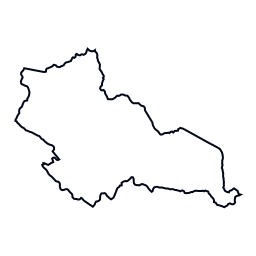 the district of Piraí do Sul, Paraná, Brazil
{"feature_id": "56859067B71584283665697", "entity_name": "Piraí do Sul", "entity_type": "district", "adm_level": 2, "iso_a3": "BRA", "parent_name": "Brazil", "parent_adm1": "Paraná", "projection": "orthographic", "projection_center": [-49.926, -24.444], "detail": "fine", "context": "isolated", "style": "outline", "palette": "ink", "viewbox_px": 256, "rotation_deg": 0, "n_neighbors": 0, "source": "geoboundaries", "source_scale": "gbopen_adm2", "svg_char_len": 4928}
<svg xmlns="http://www.w3.org/2000/svg" viewBox="0 0 256 256"><path d="M24.2,68.3L23.8,69.4L23.1,70.5L21.6,72.1L21.0,73.1L21.3,74.8L22.4,76.6L22.6,77.7L21.8,79.1L20.9,81.3L21.1,83.0L21.6,84.1L23.6,84.9L25.5,85.9L26.9,86.2L28.0,87.5L28.8,89.8L29.5,92.4L29.1,94.9L28.7,96.3L27.9,97.7L27.3,98.7L27.2,100.5L25.1,100.8L24.1,101.4L23.1,103.3L22.5,105.0L22.1,106.2L21.5,107.1L19.7,108.7L19.3,109.8L19.1,111.4L19.3,113.0L18.4,114.3L17.3,116.1L16.5,118.2L15.6,119.5L15.4,120.9L16.7,121.4L17.3,122.7L18.6,123.7L20.4,125.8L21.4,126.7L22.8,127.6L24.1,128.3L25.2,129.6L26.0,130.4L27.3,130.6L28.4,131.2L29.5,131.7L31.4,132.3L32.5,132.7L34.1,133.7L35.9,134.6L37.5,135.5L39.3,136.1L40.5,137.5L41.7,139.0L43.2,139.6L44.6,141.2L46.3,142.6L47.5,143.6L49.6,144.6L52.2,145.4L53.6,146.5L54.1,147.9L54.0,149.5L52.6,151.4L54.9,154.2L56.5,156.1L59.2,159.4L57.7,160.1L56.7,159.7L55.0,158.0L54.0,157.5L52.9,157.8L52.1,158.7L52.8,160.5L53.3,162.1L51.6,162.8L48.2,164.9L46.4,164.2L44.4,163.2L43.4,163.2L43.8,164.2L42.2,164.8L42.7,166.3L44.2,168.0L45.4,169.0L46.5,170.1L47.0,171.1L47.8,172.3L48.5,173.9L50.0,175.4L50.8,176.0L51.9,176.9L53.4,178.4L54.7,179.8L55.8,181.1L57.3,181.6L58.7,181.9L59.7,183.3L59.9,184.7L59.8,186.3L60.1,187.6L60.4,188.8L61.5,189.9L63.0,190.1L64.5,189.6L65.8,189.2L67.4,189.2L68.2,190.0L69.5,191.6L70.6,192.8L71.5,193.5L72.3,194.7L72.5,197.2L74.1,198.8L75.3,199.0L76.4,199.0L78.3,199.6L79.8,199.3L81.1,197.9L82.3,198.6L83.2,199.9L84.0,200.7L92.8,206.7L94.1,205.3L94.9,204.1L95.4,202.6L96.2,201.5L97.3,201.4L98.7,200.9L99.9,199.7L100.1,198.3L100.2,196.1L100.7,194.4L101.5,193.4L102.9,193.4L104.7,193.1L105.9,194.0L106.9,195.8L108.2,196.9L109.5,198.2L111.1,199.3L113.5,197.7L115.2,193.8L115.9,192.0L117.2,188.6L117.9,187.7L119.3,186.8L119.8,185.6L121.7,185.3L121.6,182.9L122.5,182.2L123.8,181.4L125.3,181.0L126.7,181.3L127.7,180.9L129.2,179.6L130.4,178.5L131.4,177.2L132.9,177.3L133.6,178.8L133.8,182.4L134.1,183.5L135.0,184.6L136.5,185.1L138.0,185.1L139.3,185.4L140.3,184.8L141.4,184.2L142.6,184.1L144.3,184.8L146.3,185.6L147.8,187.3L148.5,188.6L149.4,189.5L150.3,190.6L151.7,191.8L152.7,190.9L153.0,189.2L154.3,187.3L156.0,186.9L157.6,186.9L159.4,187.5L160.9,187.6L161.9,187.4L163.1,187.8L165.1,188.4L166.9,188.5L169.0,188.8L170.3,189.3L172.0,189.1L173.5,189.3L175.0,190.0L176.3,190.0L177.4,190.4L178.6,190.6L180.2,191.3L182.3,190.4L183.9,191.2L184.7,192.9L186.6,193.2L187.9,193.0L189.5,192.8L191.2,192.0L192.5,192.1L193.9,191.2L195.7,190.7L197.5,190.9L199.6,191.0L201.6,191.0L203.2,190.7L204.2,191.3L205.6,190.6L206.8,191.1L208.2,191.6L208.8,193.6L209.9,194.4L211.3,196.6L212.6,197.8L213.5,199.0L214.1,200.7L214.0,202.1L215.7,202.7L217.1,204.8L220.5,205.7L221.5,206.0L222.7,206.5L224.2,207.2L225.9,206.2L227.3,205.5L228.2,204.1L229.7,203.4L232.2,204.3L233.9,204.0L235.1,202.5L234.7,200.3L235.3,196.8L237.1,195.8L239.3,195.4L240.6,194.6L239.1,194.3L238.0,192.4L237.7,191.0L236.6,190.2L235.2,189.2L234.0,188.4L232.9,189.1L231.7,190.2L230.7,190.6L229.6,190.8L228.9,192.4L227.2,192.0L225.3,191.1L224.4,189.8L224.1,188.8L223.3,187.5L223.9,185.8L223.8,183.6L223.9,181.7L223.6,180.3L223.6,178.2L223.2,177.2L223.1,175.6L223.2,173.1L222.6,170.6L222.5,169.5L221.8,167.9L222.2,166.2L222.6,164.9L222.1,163.8L222.3,162.4L222.2,160.5L222.7,159.3L222.9,158.0L222.8,156.7L222.6,154.9L222.0,152.5L221.0,150.9L220.3,149.5L219.3,148.6L218.2,147.9L213.8,145.5L209.9,143.5L187.0,130.8L182.9,128.6L180.3,127.9L179.2,128.7L178.2,129.2L178.0,130.6L176.2,130.9L174.8,130.9L173.2,132.5L172.0,131.5L170.5,132.0L169.4,133.1L168.3,132.7L166.9,133.0L165.5,133.0L164.1,133.3L163.1,134.0L162.0,134.5L160.5,134.5L159.4,133.4L158.5,131.9L157.4,130.8L156.2,129.9L155.2,129.1L154.4,128.2L153.6,126.5L153.0,125.3L152.6,124.2L152.5,122.7L145.9,111.8L145.3,110.9L144.9,109.8L144.9,108.2L144.3,106.8L142.8,106.0L141.4,105.8L140.3,104.8L138.4,103.1L136.9,103.3L135.2,103.2L133.6,103.3L131.9,102.3L130.8,100.8L129.9,99.8L129.5,98.7L128.8,97.5L127.5,95.8L126.3,95.6L125.0,95.5L124.0,94.8L122.7,94.5L121.2,94.5L120.0,95.4L118.7,95.9L117.2,95.7L116.1,96.7L115.1,97.7L113.9,98.4L112.6,99.2L111.1,99.3L109.5,99.2L108.0,99.2L107.5,98.2L107.0,96.7L106.1,95.1L105.2,93.7L104.9,91.6L103.6,90.0L102.2,90.4L101.1,90.1L100.1,88.6L100.5,86.9L102.0,85.2L102.0,83.7L102.4,82.2L102.9,80.6L103.7,79.2L102.9,77.8L103.7,77.1L103.8,75.9L102.7,74.2L101.6,71.8L99.8,69.5L99.6,68.4L99.8,66.8L99.9,64.4L99.0,62.6L97.9,60.7L97.8,59.4L97.1,57.5L97.3,56.3L97.3,54.8L96.6,52.8L95.0,51.4L94.9,50.2L94.0,50.9L92.0,51.4L90.7,51.0L89.4,50.6L88.6,49.7L87.6,48.8L86.5,51.4L86.2,52.6L85.3,53.9L83.6,54.8L82.4,54.4L81.3,54.4L80.1,55.3L78.7,55.2L77.6,54.7L76.8,53.9L75.8,54.5L75.5,56.9L74.2,57.9L73.1,57.3L72.2,58.1L70.9,61.0L68.7,61.8L67.2,62.2L65.9,62.5L64.7,63.6L63.8,65.1L62.4,65.9L61.3,66.1L60.2,67.0L58.7,67.1L57.0,66.7L56.0,65.5L54.7,65.0L53.6,64.8L52.6,66.1L51.4,66.8L50.3,67.3L46.7,68.7L46.1,69.7L45.9,71.7L43.9,72.0L30.8,69.5L25.2,68.4L24.2,68.3Z" fill="none" stroke="#020617" stroke-width="2"/></svg>